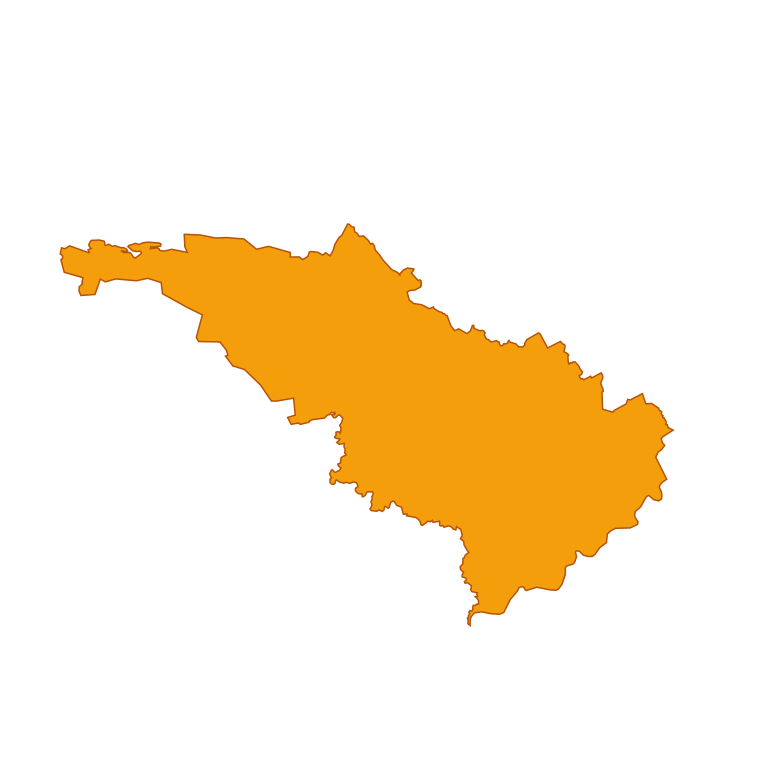 outline of Straupes pag., Pargaujas, Latvia, rotated 335°
{"feature_id": "27541924B928212469839", "entity_name": "Straupes pag.", "entity_type": "district", "adm_level": 2, "iso_a3": "LVA", "parent_name": "Latvia", "parent_adm1": "Pargaujas", "projection": "mercator", "projection_center": [24.945, 57.337], "detail": "fine", "context": "isolated", "style": "filled", "palette": "amber", "viewbox_px": 768, "rotation_deg": 335, "n_neighbors": 0, "source": "geoboundaries", "source_scale": "gbopen_adm2", "svg_char_len": 6171}
<svg xmlns="http://www.w3.org/2000/svg" viewBox="0 0 768 768"><g transform="rotate(335 384 384)"><path d="M266.2,163.9L261.5,175.4L261.4,181.6L248.5,172.2L241.0,170.7L237.0,167.9L237.3,166.4L236.1,164.8L229.4,162.6L230.7,161.1L233.7,162.8L239.7,164.6L241.1,163.0L239.8,161.2L229.7,155.5L225.0,154.1L220.9,154.1L218.4,151.6L211.2,150.6L210.0,151.2L212.4,157.0L215.9,159.5L219.0,160.5L219.7,162.0L219.1,163.2L211.8,164.8L210.5,163.0L209.9,159.0L209.0,157.3L203.4,154.7L202.1,152.0L205.6,154.7L207.8,155.0L207.7,153.2L206.1,150.8L202.8,149.0L198.9,145.1L196.0,144.3L193.4,140.9L190.1,140.9L189.9,139.5L190.8,137.6L190.7,136.3L187.0,133.3L179.6,130.2L178.2,130.6L175.3,133.0L175.0,134.5L175.9,137.5L172.5,137.2L172.6,140.3L172.0,140.3L157.4,125.9L152.0,126.5L149.3,124.3L145.5,129.3L146.8,131.6L146.0,134.2L143.7,134.8L141.4,147.6L156.1,160.4L153.1,164.4L153.1,165.7L148.7,167.2L146.8,171.2L146.7,175.7L159.9,180.7L171.3,169.0L174.6,173.7L185.3,175.4L203.2,185.8L214.6,188.4L224.9,197.9L221.4,208.6L238.0,231.4L248.6,244.6L233.5,262.5L234.0,267.2L253.0,276.5L255.4,286.5L254.8,291.9L252.1,291.8L254.7,303.8L263.7,311.9L271.7,332.8L274.5,350.4L275.1,351.4L274.8,351.9L279.7,354.2L296.1,358.6L290.4,374.7L282.5,373.6L282.8,381.3L289.9,383.2L291.1,385.2L299.9,387.0L300.7,386.1L304.2,386.1L315.8,389.7L319.1,388.4L322.0,388.6L324.4,387.3L325.8,388.7L327.3,388.9L327.3,390.0L326.5,390.7L323.6,389.7L324.1,393.2L325.8,394.1L329.9,392.7L330.9,393.7L332.1,397.5L329.6,400.8L326.5,402.6L326.2,403.3L326.6,405.1L324.5,409.2L323.2,409.8L322.9,408.1L320.5,407.3L319.7,408.0L319.2,409.9L316.9,411.2L316.8,411.9L317.7,413.1L320.7,415.2L320.2,416.0L316.5,416.9L318.0,419.8L322.8,420.9L321.1,424.4L321.1,427.1L319.2,429.8L320.0,431.4L319.8,432.1L314.0,432.5L311.2,437.2L308.3,437.1L308.0,439.3L309.5,441.8L307.6,443.2L302.7,443.6L301.8,442.7L300.9,439.9L299.9,439.8L296.7,442.5L296.9,446.5L294.6,447.7L293.5,450.6L294.1,452.4L296.0,453.7L297.7,453.2L299.6,450.9L300.6,451.0L302.0,453.7L305.6,457.0L308.3,457.1L310.9,459.5L315.1,459.9L317.1,461.6L317.5,464.6L317.1,466.0L314.1,466.5L313.1,468.4L313.4,470.6L314.7,472.8L317.6,474.5L316.7,476.4L317.1,477.4L319.6,477.1L323.2,474.6L328.1,477.0L328.2,477.7L327.4,479.6L325.4,480.9L324.9,482.8L322.3,485.5L322.1,488.0L321.4,489.3L318.6,491.2L318.4,491.8L319.1,493.4L323.5,496.2L326.2,496.1L328.7,498.8L330.8,498.1L332.8,495.4L333.8,495.6L335.1,498.3L336.2,498.3L340.3,493.9L343.1,494.2L343.6,494.9L344.2,499.3L347.8,503.0L346.5,510.3L349.9,511.3L348.8,513.0L356.5,518.5L358.1,521.5L358.5,525.1L358.0,526.8L358.4,527.8L359.1,528.4L365.7,527.0L367.9,528.4L370.1,527.9L369.8,529.5L370.2,530.2L376.3,531.8L374.7,535.7L375.4,536.7L377.5,537.1L377.9,539.2L382.8,539.9L384.5,541.9L385.7,545.1L387.4,546.6L389.5,544.0L392.1,548.3L390.9,554.3L387.8,556.6L389.8,560.1L388.6,563.5L388.9,569.0L389.6,572.5L385.3,573.5L383.2,575.4L381.9,575.4L379.4,580.4L375.9,581.7L374.9,584.5L376.6,588.0L373.9,590.4L373.3,591.8L376.3,594.6L375.8,596.4L373.3,597.2L373.3,598.8L375.9,599.6L377.8,603.5L376.9,605.7L375.7,606.5L375.7,609.1L380.3,612.7L379.2,613.9L379.4,615.6L379.0,616.1L376.8,615.2L378.1,619.0L378.0,620.5L376.6,623.4L374.6,622.7L373.2,623.3L371.4,622.3L369.7,624.2L369.6,625.6L368.0,626.7L367.4,626.9L366.2,625.6L364.4,626.9L364.5,628.4L362.4,629.8L362.1,631.4L360.7,631.4L360.4,632.6L360.7,633.3L358.7,636.7L360.0,639.3L362.6,634.0L364.6,631.8L369.2,629.6L376.3,631.8L383.4,637.1L391.3,641.5L396.0,641.7L407.4,632.7L417.4,628.0L419.8,625.9L421.5,625.6L423.8,626.2L424.8,627.5L424.8,629.7L425.6,631.3L436.7,632.8L447.1,640.5L452.7,643.6L455.2,643.7L460.7,640.7L467.9,633.2L470.7,627.1L472.5,626.1L479.3,627.1L481.5,626.1L485.6,621.7L486.5,617.1L487.6,616.5L490.4,618.1L492.4,623.5L496.2,626.6L499.7,628.3L503.2,627.6L510.5,623.4L518.6,621.8L523.0,614.4L526.6,613.0L532.8,612.6L546.3,618.5L554.4,618.4L556.0,616.2L555.2,610.7L555.5,609.3L557.7,605.8L564.5,603.9L574.3,596.9L576.9,596.9L579.6,602.9L583.6,606.0L586.9,605.5L589.0,601.9L589.8,598.8L589.8,594.4L590.8,592.6L594.1,590.8L600.0,589.8L599.3,565.2L603.8,561.5L608.1,560.6L612.5,558.3L611.6,555.5L612.0,550.7L615.0,549.5L626.6,548.0L623.1,543.7L623.6,540.8L622.1,539.7L623.3,538.6L623.9,536.5L623.4,534.2L623.7,533.4L622.5,531.9L623.4,530.7L623.0,530.5L622.8,528.0L624.0,526.6L622.3,523.6L622.7,522.1L618.3,514.7L612.9,512.6L614.1,501.9L600.2,502.5L598.3,500.9L595.1,504.4L581.3,505.2L579.5,506.3L571.5,499.2L578.1,483.5L579.7,483.2L580.4,480.6L580.4,476.8L581.0,474.6L584.9,470.8L585.7,468.7L585.6,465.7L574.7,466.3L574.6,464.3L566.9,464.6L566.2,463.1L564.4,462.3L564.4,459.0L567.0,458.7L569.0,457.1L568.0,453.0L568.1,450.0L566.7,444.9L564.8,443.8L563.5,444.6L561.9,443.4L560.1,444.1L560.1,442.3L562.4,436.6L563.7,435.8L562.9,433.6L560.8,430.9L564.1,426.2L564.3,424.5L562.8,423.2L561.9,420.0L547.5,420.5L546.7,404.8L545.7,403.0L532.2,404.1L528.8,406.5L527.9,408.3L525.3,409.0L521.8,407.3L520.5,403.4L516.5,399.9L515.7,398.6L515.7,397.3L514.6,397.6L513.6,399.0L511.4,399.1L509.5,398.1L508.1,399.3L506.5,398.9L505.9,398.3L505.5,396.1L506.2,394.9L504.6,393.1L504.5,392.3L499.3,391.3L498.5,390.7L497.7,388.2L495.8,386.5L495.6,382.2L497.4,380.1L496.9,378.5L495.7,376.8L493.3,376.3L489.2,371.8L490.0,368.7L488.8,368.4L484.9,372.3L480.5,373.4L475.0,365.6L470.7,365.6L469.2,359.8L470.1,348.9L469.1,347.9L468.5,345.8L466.8,344.9L466.9,343.8L464.1,341.2L461.0,336.3L461.4,335.1L456.9,334.9L451.6,328.0L444.9,323.6L442.4,318.6L443.8,310.6L446.6,310.1L451.4,311.8L458.1,311.6L458.7,310.5L459.4,310.6L459.7,309.1L460.7,308.4L460.4,306.6L461.0,306.5L461.0,305.7L460.6,304.9L458.6,304.5L455.7,295.0L458.7,293.6L459.7,292.3L454.1,288.8L449.8,288.9L445.3,290.7L444.4,292.0L443.4,288.6L439.3,283.6L435.6,271.7L434.5,265.0L432.7,259.0L433.6,254.7L433.1,251.7L430.9,251.5L430.5,247.5L428.1,241.2L424.0,239.8L423.2,236.0L421.7,233.7L423.1,229.4L421.2,227.8L420.0,224.6L418.6,223.6L408.6,231.4L405.2,232.2L401.1,234.9L398.5,236.7L394.2,241.6L389.3,245.1L386.5,240.3L383.0,241.3L379.7,236.7L373.7,232.9L372.1,232.8L368.9,236.2L362.9,236.9L360.9,233.0L352.7,229.3L354.7,225.3L337.6,210.5L325.4,208.0L318.4,193.4L302.9,184.6L293.0,180.5L280.5,171.3L266.2,163.9Z" fill="#f59e0b" stroke="#b45309" stroke-width="1.5"/></g></svg>